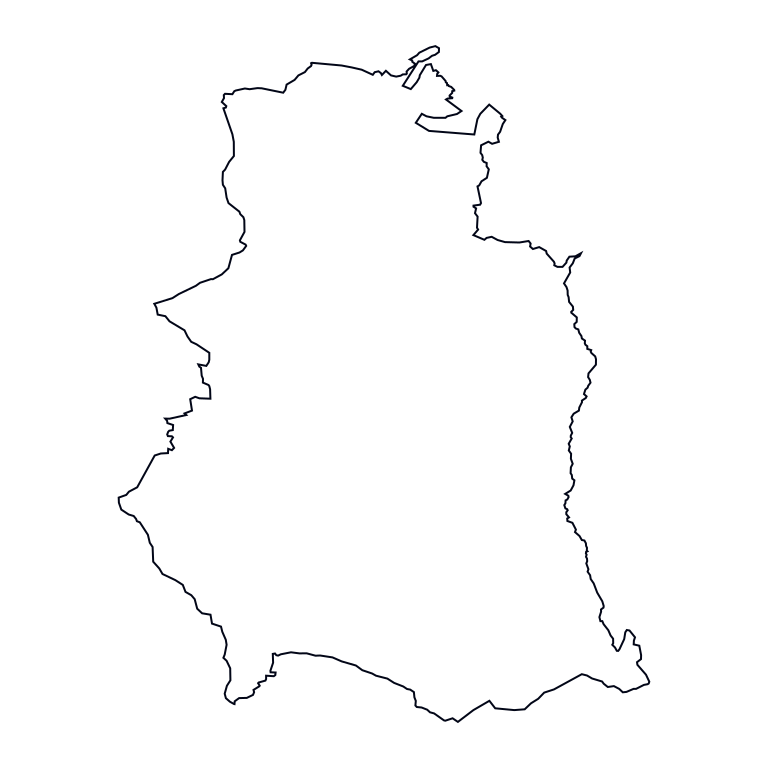 Odaile, Buzau, Romania
{"feature_id": "2599482B56943146128406", "entity_name": "Odaile", "entity_type": "district", "adm_level": 2, "iso_a3": "ROU", "parent_name": "Romania", "parent_adm1": "Buzau", "projection": "robinson", "projection_center": [26.554, 45.39], "detail": "fine", "context": "isolated", "style": "outline", "palette": "ink", "viewbox_px": 768, "rotation_deg": 0, "n_neighbors": 0, "source": "geoboundaries", "source_scale": "gbopen_adm2", "svg_char_len": 6042}
<svg xmlns="http://www.w3.org/2000/svg" viewBox="0 0 768 768"><path d="M538.2,698.8L544.2,692.6L554.0,689.4L581.8,674.2L587.0,675.5L592.1,678.5L602.1,681.5L603.7,683.7L607.8,687.0L613.9,686.1L619.2,688.9L622.8,692.3L626.5,691.9L633.5,688.9L636.0,688.9L643.9,684.9L647.6,684.2L648.7,683.5L649.3,681.7L646.0,674.7L637.4,664.8L637.0,662.2L641.0,659.1L641.1,655.1L639.3,645.7L633.7,644.4L633.9,640.6L635.0,637.3L629.5,630.5L626.8,630.0L625.3,632.3L624.2,639.1L619.5,649.2L618.2,650.9L616.8,650.8L615.0,647.5L612.3,644.8L613.2,643.2L613.1,638.7L610.6,635.5L608.3,630.2L603.6,624.2L602.3,621.1L600.4,621.1L599.4,617.1L601.1,611.7L601.0,609.5L603.5,607.6L603.7,606.0L602.3,601.3L597.2,592.6L593.7,583.4L590.7,579.0L590.1,575.2L587.6,571.7L588.4,569.2L586.3,563.4L587.2,561.2L587.0,558.6L586.0,556.8L586.6,554.7L585.9,553.5L586.1,551.9L587.5,551.3L586.8,550.5L587.0,547.8L586.1,545.9L585.9,543.3L584.4,540.5L581.8,540.0L579.5,536.0L575.0,532.1L575.9,529.6L572.4,522.8L567.4,521.0L567.2,518.5L569.0,517.4L566.3,514.2L566.3,512.2L567.7,510.3L567.2,509.2L565.4,508.4L564.3,505.1L565.4,503.3L565.6,500.4L567.3,499.5L568.6,497.1L568.3,495.7L565.2,493.9L570.7,490.5L573.5,485.3L574.4,480.3L572.2,478.6L571.8,475.0L570.6,473.2L570.9,467.3L572.7,463.8L570.9,458.8L571.1,453.7L568.8,450.5L569.8,446.4L568.7,443.8L571.7,438.5L570.7,437.1L570.8,435.6L572.2,432.9L569.8,426.9L572.7,421.4L571.4,417.3L573.7,413.7L578.9,410.6L579.3,407.5L582.0,402.2L581.9,400.6L585.8,398.0L586.6,396.4L584.0,394.1L584.2,393.3L585.4,389.6L587.6,387.7L588.2,385.8L590.5,382.7L589.8,379.8L588.1,377.1L588.5,373.4L595.9,364.7L596.0,359.2L595.2,356.4L591.4,353.0L590.7,351.6L591.2,350.1L587.3,348.9L587.3,346.2L585.4,344.7L584.8,343.3L585.0,340.6L581.9,338.5L581.4,336.0L579.2,332.8L578.3,329.4L575.8,328.5L574.5,327.1L574.3,324.1L576.7,321.9L576.8,317.4L571.3,312.7L571.2,311.9L573.2,309.9L572.9,306.6L569.1,301.9L568.6,297.1L567.7,294.9L567.6,290.5L566.5,287.1L564.0,283.4L570.2,272.5L569.6,267.5L572.8,263.3L574.7,258.5L579.5,256.1L581.0,253.2L575.4,256.3L569.4,256.7L566.7,260.6L566.4,262.6L562.5,266.9L557.5,266.9L554.3,265.3L554.6,263.4L553.9,261.7L546.7,253.6L546.1,251.0L539.2,247.1L532.9,249.0L530.1,246.5L530.6,243.5L528.6,241.0L519.4,242.5L505.0,242.1L497.6,240.0L491.7,236.8L486.6,237.9L484.4,239.8L473.4,235.1L478.1,229.6L477.0,227.7L477.6,216.6L475.0,213.2L476.1,208.4L473.5,206.7L473.5,205.6L480.1,204.7L481.0,203.1L477.5,186.4L479.2,185.4L481.5,181.3L486.9,177.8L488.8,169.3L486.6,166.3L486.7,163.0L483.8,161.8L482.3,159.8L482.8,157.6L482.2,155.1L480.5,152.8L481.1,145.3L488.4,141.7L492.1,143.8L498.9,141.8L497.7,137.6L498.0,134.6L500.1,131.8L502.8,124.0L505.4,120.1L502.0,117.7L501.2,116.7L502.3,116.0L500.2,113.7L489.2,104.6L480.3,113.8L477.4,119.2L474.3,134.5L429.0,130.9L415.8,122.8L421.8,113.8L426.5,116.3L433.8,117.8L445.5,117.8L447.3,116.3L457.0,114.0L461.5,111.0L446.0,99.5L447.5,98.6L452.2,98.2L452.3,97.6L449.7,96.5L449.6,95.5L452.2,92.9L452.2,91.2L454.3,90.6L454.2,89.9L451.2,86.9L448.7,86.0L448.3,85.1L447.2,85.2L447.0,83.1L445.8,82.3L445.6,81.0L441.6,76.4L440.3,75.8L437.0,75.9L437.2,73.9L438.4,72.4L435.9,70.2L433.3,70.9L430.9,64.1L426.0,65.0L419.8,75.2L419.4,77.6L416.7,82.2L410.8,89.1L402.8,85.8L418.5,61.4L422.2,61.4L428.6,58.4L432.0,55.8L435.1,54.8L438.9,52.0L439.0,48.2L435.3,46.1L429.6,47.6L419.3,52.7L417.1,55.2L409.9,59.4L412.2,60.5L412.3,61.8L414.9,63.7L414.3,65.9L409.1,68.8L406.6,71.5L406.8,73.6L406.2,74.3L402.8,74.4L400.7,75.7L396.2,76.6L391.0,75.4L385.9,70.8L381.9,75.0L380.9,73.1L378.5,71.3L374.7,72.2L372.8,74.8L361.7,69.7L351.6,67.4L341.6,65.5L311.9,62.8L311.1,63.2L311.6,64.8L311.0,66.1L307.7,68.5L304.9,72.1L298.4,75.4L294.6,79.9L286.6,84.6L285.4,89.8L283.2,92.7L261.7,88.3L257.5,88.1L249.6,89.2L244.9,88.5L235.8,90.5L234.3,91.2L232.4,94.2L225.0,93.8L223.8,95.1L224.0,98.1L221.8,102.0L226.3,106.1L225.9,107.5L223.4,108.3L232.4,134.3L233.8,141.8L233.9,156.0L229.1,161.9L225.1,169.6L222.9,171.9L222.5,180.3L222.9,184.8L225.2,188.3L226.6,197.6L228.5,203.1L239.4,211.7L240.3,214.2L243.4,217.2L244.3,220.1L244.5,231.9L239.9,240.3L240.3,241.8L245.6,244.6L246.2,245.9L242.9,250.4L239.5,252.5L232.0,254.9L228.4,268.2L221.8,274.4L212.9,279.2L211.0,279.1L200.0,282.8L195.9,285.8L178.9,294.0L172.5,298.1L154.3,303.8L156.4,307.6L157.7,314.6L165.4,316.2L169.5,321.3L184.5,330.3L187.5,336.5L191.2,341.8L196.5,344.3L209.3,352.8L209.3,359.8L208.7,362.3L206.3,365.9L198.3,364.4L199.3,366.6L201.0,367.8L201.7,375.7L203.0,378.8L202.9,382.6L208.5,385.0L209.3,386.1L210.1,389.3L210.4,398.7L199.4,398.3L195.2,396.8L190.2,399.2L192.0,410.6L184.6,413.4L186.3,415.0L169.6,418.7L165.2,418.6L167.1,420.8L167.4,423.1L173.1,425.0L172.8,430.1L169.3,430.7L168.2,431.8L167.2,434.4L167.9,436.1L171.9,436.3L173.0,437.4L170.4,441.6L174.1,447.9L171.9,450.2L168.2,448.8L168.0,453.1L160.8,453.5L154.7,455.5L137.2,487.3L128.9,491.7L126.3,494.9L118.7,497.6L118.9,502.7L121.3,509.6L128.7,514.5L133.7,516.0L136.1,519.0L136.9,521.2L139.8,522.3L147.9,534.8L149.8,542.8L152.6,547.0L153.2,561.7L159.3,568.5L162.5,574.0L175.3,580.1L182.8,584.9L185.5,591.9L191.3,595.2L194.7,599.2L197.2,608.7L202.1,613.3L210.5,614.7L212.0,623.6L221.0,626.6L222.3,631.8L225.8,639.8L226.6,644.8L224.7,654.6L223.4,657.8L226.6,660.8L230.2,668.3L230.4,680.3L226.9,685.8L224.7,693.7L225.9,698.2L229.9,701.7L234.0,704.0L234.5,704.1L234.7,701.3L239.1,698.1L246.8,697.9L253.0,694.9L254.1,692.2L253.5,689.9L259.3,686.3L259.7,685.7L258.1,683.2L258.7,682.5L265.4,680.6L266.1,679.1L266.1,675.7L273.8,676.2L275.3,675.1L275.6,672.5L270.6,672.3L270.4,670.8L273.1,662.7L272.8,653.9L275.0,653.5L276.3,655.2L278.1,655.6L280.8,654.3L291.0,652.3L299.5,653.4L306.6,653.3L315.5,655.7L320.1,655.5L332.5,657.4L341.7,661.4L355.9,665.5L362.3,670.2L372.1,673.5L376.0,675.7L387.4,678.6L394.1,682.9L403.3,686.5L407.0,689.0L410.2,689.6L413.9,692.1L414.4,697.3L415.8,700.9L415.4,705.5L416.8,707.0L421.6,707.5L427.2,709.7L430.0,712.3L434.1,713.4L444.0,720.4L445.3,720.7L452.6,718.3L457.9,721.9L473.4,710.1L489.4,700.8L495.2,708.3L514.3,710.1L524.7,709.3L531.0,703.3L538.2,698.8Z" fill="none" stroke="#020617" stroke-width="2"/></svg>